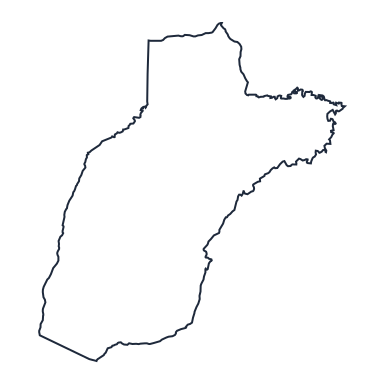 outline of Guacimo, Limón, Costa Rica
{"feature_id": "36466004B32500402146996", "entity_name": "Guacimo", "entity_type": "district", "adm_level": 2, "iso_a3": "CRI", "parent_name": "Costa Rica", "parent_adm1": "Limón", "projection": "orthographic", "projection_center": [-83.609, 10.204], "detail": "fine", "context": "isolated", "style": "outline", "palette": "slate", "viewbox_px": 384, "rotation_deg": 0, "n_neighbors": 0, "source": "geoboundaries", "source_scale": "gbopen_adm2", "svg_char_len": 5900}
<svg xmlns="http://www.w3.org/2000/svg" viewBox="0 0 384 384"><path d="M97.6,359.2L103.8,355.1L104.5,353.8L105.7,352.7L107.7,348.3L111.4,347.2L112.4,345.7L113.7,345.5L114.6,344.9L116.9,344.2L117.8,343.0L118.5,342.6L120.8,342.3L122.1,343.5L124.0,344.5L127.4,344.8L129.1,343.3L132.5,344.0L136.1,343.8L138.8,344.1L140.2,343.7L145.3,343.3L146.8,343.3L149.0,344.0L149.9,344.0L153.1,343.2L160.0,341.2L161.9,339.6L166.4,337.5L168.6,336.7L172.5,336.2L174.9,335.0L175.9,333.5L175.9,332.2L177.0,330.8L181.1,329.1L185.4,328.0L186.1,327.6L186.3,326.7L186.1,326.6L187.7,324.7L190.2,323.9L192.0,322.6L193.0,317.7L194.4,313.2L194.6,311.7L196.5,307.0L198.3,303.6L199.7,299.1L199.5,295.8L200.5,291.6L200.7,285.6L201.4,283.6L203.5,279.6L204.0,276.5L205.4,272.5L205.4,269.1L205.7,268.7L206.2,269.5L206.9,269.7L207.7,269.1L208.9,263.4L210.3,261.4L211.2,261.0L211.7,260.4L211.4,259.4L209.1,258.8L207.7,257.6L206.0,257.6L205.6,257.3L205.6,256.5L206.6,254.6L206.6,253.3L206.1,251.7L204.0,250.5L203.6,249.8L203.7,248.8L207.3,244.9L207.9,243.7L208.5,241.5L210.9,239.1L213.9,235.4L219.0,233.0L219.4,231.8L219.4,229.8L223.1,223.6L224.3,219.7L225.8,217.3L226.6,217.4L227.1,217.1L228.0,215.5L230.2,214.0L232.5,211.4L234.4,210.0L236.5,201.5L237.5,200.0L238.1,196.4L238.7,195.3L239.1,194.7L240.4,194.7L241.6,195.6L242.6,194.1L243.5,191.2L243.9,191.3L244.2,192.5L245.0,193.6L247.5,194.2L251.3,191.6L252.9,191.2L253.5,190.6L254.1,188.9L253.9,187.2L253.1,185.7L253.1,184.8L253.5,184.3L257.8,181.8L260.1,181.3L259.9,178.6L264.4,176.0L264.6,175.0L265.0,174.3L268.1,173.2L269.4,172.2L270.8,170.0L272.5,168.4L274.2,167.4L275.1,168.2L277.3,168.0L280.0,164.2L282.7,161.6L284.4,161.1L286.7,165.2L288.0,166.2L290.6,166.0L291.4,165.0L292.4,164.4L296.3,164.5L296.4,163.4L296.0,161.6L299.0,158.6L300.5,159.1L302.7,160.5L304.7,160.0L306.1,159.2L307.6,159.4L307.7,159.9L306.8,161.6L306.9,162.6L307.8,163.1L310.9,163.4L311.2,161.5L312.5,158.3L313.2,157.4L314.7,156.6L316.0,154.5L315.6,152.4L315.8,150.7L317.7,151.0L318.5,151.7L319.1,152.6L319.6,152.8L321.7,151.7L323.0,150.1L324.9,149.7L325.4,150.7L325.5,151.9L326.0,152.2L326.3,150.6L324.9,148.2L324.4,145.8L326.6,143.7L330.4,143.9L330.0,140.4L329.1,139.4L331.2,137.2L332.4,134.7L333.7,133.3L333.5,132.7L331.2,132.2L331.0,130.8L333.6,130.1L332.8,126.2L333.0,124.1L333.5,123.2L334.1,122.7L334.9,124.0L335.5,123.8L335.7,123.5L335.0,122.3L333.6,121.6L332.6,119.3L331.9,118.9L330.8,118.8L330.1,120.7L328.3,120.9L327.5,118.9L327.2,116.5L327.4,113.9L330.1,111.4L332.7,109.9L335.1,114.4L335.8,113.4L336.0,111.0L336.3,110.7L337.4,110.7L338.1,111.3L339.2,111.2L342.6,108.8L342.8,108.1L344.8,106.3L341.8,106.0L341.4,104.2L341.6,103.0L341.4,102.8L339.0,102.6L338.9,103.5L338.6,103.6L336.1,102.7L335.8,104.0L336.2,105.1L333.7,104.3L333.7,102.9L333.4,102.6L331.3,103.1L330.1,102.9L330.3,101.5L330.1,101.3L327.8,100.7L326.5,100.1L325.1,100.3L324.7,99.8L323.8,96.5L322.6,95.5L320.4,95.2L322.7,97.6L322.8,98.9L321.9,99.9L321.5,99.9L320.0,98.7L319.7,97.8L320.1,96.1L319.5,95.7L318.4,95.6L317.9,98.0L316.8,98.5L316.1,98.4L315.4,97.6L315.8,96.2L315.7,95.8L313.4,95.0L311.6,95.0L311.9,92.3L311.7,91.8L311.2,91.5L310.4,91.4L309.6,92.0L305.8,91.9L304.9,93.4L304.6,95.9L303.4,96.9L302.5,95.8L302.1,94.9L302.3,91.5L302.9,91.0L302.6,90.0L302.3,89.7L300.7,89.5L298.6,90.6L298.0,90.6L297.9,88.3L297.2,87.7L296.1,88.9L293.9,90.4L296.9,92.3L296.9,93.1L296.2,93.4L294.1,93.3L293.3,92.0L292.3,92.0L291.7,93.6L291.0,94.3L288.1,94.9L287.6,95.8L287.5,96.8L287.8,97.0L290.0,96.9L290.5,97.1L290.7,97.6L290.5,98.2L289.7,98.5L288.1,98.5L287.0,98.9L285.3,98.9L283.6,98.5L281.2,98.5L280.9,98.2L280.9,97.6L281.2,95.9L279.9,95.5L278.8,95.7L277.6,96.4L277.2,98.2L275.7,99.3L275.1,98.4L274.7,96.8L273.5,96.8L271.9,97.8L270.4,98.0L270.4,97.7L271.1,97.0L271.0,96.4L268.1,96.0L267.3,95.4L264.1,96.1L263.7,96.7L260.6,96.8L258.8,97.4L258.1,97.0L257.8,96.3L256.4,96.2L256.3,94.9L255.9,94.7L248.8,94.7L248.3,95.3L247.0,95.0L245.5,93.5L245.2,91.4L247.9,82.3L246.9,81.1L245.3,78.4L243.5,74.3L241.2,71.7L240.4,69.1L240.4,67.9L239.6,64.8L239.2,59.2L240.5,56.2L240.6,52.0L241.4,49.1L241.2,46.7L239.6,44.0L237.4,42.0L234.4,41.5L230.4,39.0L229.5,38.0L228.3,36.2L227.7,34.4L225.6,31.4L225.6,30.6L225.1,29.3L223.6,28.3L221.1,25.4L221.0,24.8L221.8,23.0L220.8,23.0L219.0,23.6L217.5,24.9L215.5,28.3L212.6,32.1L211.7,32.6L208.7,33.1L205.7,33.1L201.7,35.0L198.0,35.4L195.3,36.4L193.5,36.4L189.6,35.2L184.8,34.9L183.2,36.1L182.4,36.3L180.7,36.2L178.4,35.6L167.5,36.6L164.9,38.1L163.1,40.0L161.1,40.8L150.6,40.8L148.6,40.5L147.6,73.6L147.2,101.4L147.6,104.4L146.3,105.8L146.0,107.2L145.6,107.7L145.1,106.6L143.8,106.8L143.1,107.2L143.1,108.4L142.8,108.7L142.3,108.7L142.1,107.9L141.4,108.5L140.7,110.2L142.6,111.0L140.8,113.2L140.3,115.0L140.6,115.4L140.4,117.1L139.1,117.8L134.2,117.1L133.8,117.3L133.3,118.3L134.8,120.4L134.9,121.3L133.4,123.5L130.3,123.8L129.8,124.8L128.6,126.0L128.4,128.0L123.9,129.6L123.2,129.5L122.7,131.4L120.6,132.5L119.2,132.8L117.5,132.3L116.9,133.3L114.9,134.5L114.6,137.1L114.1,137.2L112.2,136.4L111.7,137.3L111.0,137.7L102.1,141.3L99.6,145.0L91.4,150.5L89.5,152.3L87.9,152.7L88.3,154.3L87.2,154.7L86.8,155.2L86.9,157.5L85.9,159.2L85.3,162.0L84.4,163.7L84.4,164.5L85.1,165.6L85.4,167.6L82.7,170.9L81.3,175.1L79.3,178.4L79.0,181.2L77.2,184.0L76.8,185.3L76.0,186.0L75.0,189.3L74.1,191.3L73.3,192.2L72.6,195.6L69.3,200.7L67.5,205.1L66.9,208.4L66.2,209.1L64.8,211.8L64.3,214.9L64.5,216.9L62.6,225.3L63.4,226.1L63.6,226.8L62.6,230.9L62.6,232.3L63.2,233.1L62.1,235.3L60.4,236.7L58.6,241.0L59.0,244.0L58.7,246.3L59.1,247.3L59.1,249.0L57.7,251.5L57.2,253.1L57.5,254.8L58.4,256.8L58.4,260.6L56.9,263.6L53.2,268.1L50.9,274.2L48.9,278.0L47.3,279.5L43.7,286.8L42.9,289.7L42.8,292.1L43.5,297.3L44.9,299.7L45.4,302.4L43.0,308.6L42.8,309.9L42.8,311.7L43.3,314.0L43.3,315.3L43.1,315.6L42.8,320.2L40.6,324.1L40.5,327.4L39.2,330.8L39.2,332.2L39.8,335.3L89.3,359.1L96.5,361.0L96.7,360.3L97.6,359.2Z" fill="none" stroke="#1e293b" stroke-width="2"/></svg>